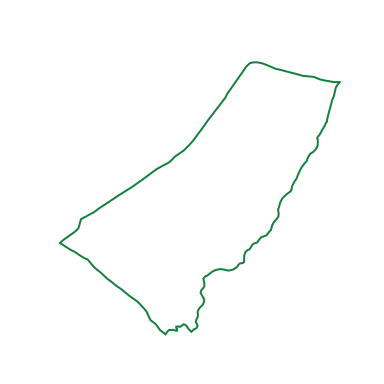 Lower Jloh, Grand Kru, Liberia (Equal Earth projection), rotated 15°
{"feature_id": "62588387B79313023095428", "entity_name": "Lower Jloh", "entity_type": "district", "adm_level": 2, "iso_a3": "LBR", "parent_name": "Liberia", "parent_adm1": "Grand Kru", "projection": "equal_earth", "projection_center": [-8.548, 4.874], "detail": "fine", "context": "isolated", "style": "outline", "palette": "green", "viewbox_px": 384, "rotation_deg": 15, "n_neighbors": 0, "source": "geoboundaries", "source_scale": "gbopen_adm2", "svg_char_len": 2492}
<svg xmlns="http://www.w3.org/2000/svg" viewBox="0 0 384 384"><g transform="rotate(15 192 192)"><path d="M216.2,51.7L214.6,52.5L212.1,56.6L203.5,80.2L203.3,80.8L200.8,87.5L199.7,92.5L193.6,107.2L188.6,119.3L185.6,127.5L182.8,134.4L182.3,135.6L179.6,142.6L176.4,148.8L175.2,150.9L173.4,153.9L166.4,162.2L162.6,168.9L153.0,178.0L151.5,179.5L142.6,190.8L132.9,202.5L121.9,214.4L114.5,222.8L106.6,231.7L103.5,235.7L102.6,236.8L91.7,247.1L91.8,252.5L91.6,256.9L89.1,260.7L84.8,266.0L81.5,270.0L80.6,271.0L78.1,274.7L77.7,275.4L83.4,277.3L89.8,279.3L94.7,280.3L99.3,282.0L105.3,283.8L108.5,284.1L113.6,287.7L118.1,290.6L125.2,293.7L131.4,297.1L131.9,297.4L137.0,299.4L143.0,302.1L148.9,304.2L158.2,308.4L167.7,312.0L170.1,313.3L178.8,319.0L185.1,326.5L187.2,327.4L191.2,329.0L196.8,333.6L203.3,336.3L204.1,334.0L204.7,332.5L205.8,331.1L207.8,330.7L209.5,329.9L211.6,330.1L212.7,330.1L213.5,329.8L213.3,328.3L212.0,327.4L211.6,326.2L213.0,325.5L215.4,325.4L216.7,323.8L218.0,322.0L219.7,322.0L221.6,323.0L224.3,325.3L227.6,327.2L229.6,324.0L231.4,322.6L232.1,320.4L231.3,318.6L229.3,316.7L229.3,314.2L229.8,311.1L229.7,309.6L228.6,306.7L228.6,304.1L229.6,301.4L231.6,298.2L232.0,294.7L231.5,292.4L229.4,290.3L226.4,287.2L226.3,284.6L227.5,282.4L228.3,280.0L227.6,277.0L226.4,274.7L225.5,273.0L226.6,270.0L228.1,269.1L230.9,265.4L232.3,263.7L234.4,261.7L237.1,260.1L239.4,259.1L243.4,258.6L247.1,258.6L249.9,257.4L252.3,255.9L254.9,252.9L255.7,250.1L257.0,248.5L259.4,247.6L260.4,246.1L260.2,245.4L259.6,242.7L258.9,239.6L259.2,236.1L260.9,233.5L262.2,232.8L263.0,231.0L263.6,228.2L264.7,226.2L266.1,225.1L268.1,223.9L268.9,221.4L269.7,219.5L270.7,217.7L273.2,216.0L275.1,214.5L277.1,210.0L278.1,208.3L278.0,203.8L278.9,199.8L280.6,196.5L281.8,193.5L281.3,190.4L279.7,186.7L279.9,184.7L279.9,179.7L280.5,176.4L281.1,174.4L284.0,169.6L287.2,165.6L287.5,163.6L287.2,161.0L287.5,158.6L288.4,154.9L289.4,152.6L289.9,148.2L290.8,143.0L291.4,139.9L293.5,135.0L294.9,132.1L294.9,130.0L295.3,127.7L296.1,124.8L298.8,121.8L300.4,118.8L301.3,116.1L301.3,114.6L300.7,111.6L300.0,109.1L299.1,107.8L299.2,106.1L300.2,104.2L300.9,101.9L301.7,98.3L303.0,94.1L303.6,90.4L304.2,88.9L303.8,87.2L303.6,81.1L303.7,74.5L303.6,67.4L304.2,62.5L304.0,57.3L303.9,53.7L305.2,49.8L306.3,47.7L305.6,47.7L300.7,49.1L292.6,49.8L292.3,49.9L286.7,50.1L279.9,49.3L269.0,51.1L263.7,51.0L254.3,51.1L247.0,51.1L240.3,51.3L232.1,50.1L227.3,49.6L221.5,49.8L217.5,51.0L216.2,51.7Z" fill="none" stroke="#15803d" stroke-width="2"/></g></svg>